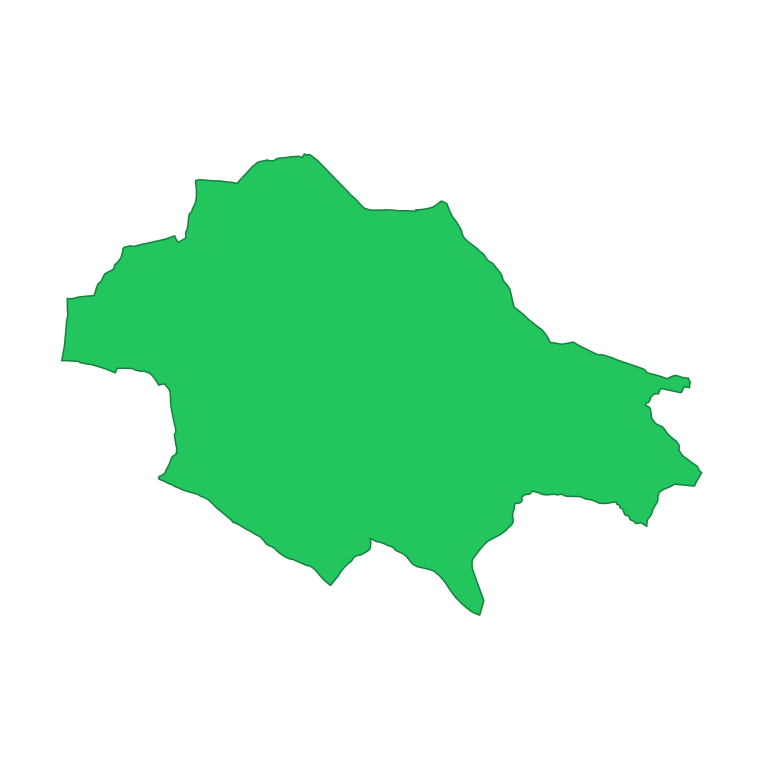 Soracá, Boyacá, Colombia, rotated 274°
{"feature_id": "7082276B41688311282936", "entity_name": "Soracá", "entity_type": "district", "adm_level": 2, "iso_a3": "COL", "parent_name": "Colombia", "parent_adm1": "Boyacá", "projection": "natural_earth1", "projection_center": [-73.319, 5.492], "detail": "fine", "context": "isolated", "style": "filled", "palette": "green", "viewbox_px": 768, "rotation_deg": 274, "n_neighbors": 0, "source": "geoboundaries", "source_scale": "gbopen_adm2", "svg_char_len": 6140}
<svg xmlns="http://www.w3.org/2000/svg" viewBox="0 0 768 768"><g transform="rotate(274 384 384)"><path d="M447.3,62.1L436.3,63.0L431.5,63.6L429.1,63.6L424.0,62.9L420.7,63.0L400.2,62.6L384.8,60.9L385.1,65.0L385.3,77.2L384.0,80.1L384.0,81.4L383.3,85.1L383.1,89.2L382.6,92.5L381.3,98.5L379.5,105.7L376.4,115.1L381.2,116.7L381.0,118.0L381.5,121.0L381.4,122.9L381.8,126.7L381.8,131.6L381.1,133.9L380.6,135.0L380.0,137.9L379.8,141.6L380.2,144.0L379.5,145.6L378.9,147.8L378.2,149.7L376.9,151.6L373.3,154.9L370.2,157.3L367.1,159.4L368.4,162.6L368.5,165.5L367.6,166.0L365.8,168.0L362.9,170.4L360.5,171.2L356.7,171.8L349.1,172.6L342.0,174.2L328.1,178.1L324.6,179.5L323.8,179.2L322.2,179.6L321.1,179.6L318.7,178.4L309.3,180.5L305.3,181.8L302.9,181.6L301.3,182.4L301.0,182.3L301.1,181.8L300.9,181.4L299.1,181.2L298.4,180.3L298.0,179.3L296.6,177.9L294.8,177.0L288.5,175.2L281.8,172.1L280.5,172.1L278.9,170.6L277.3,168.4L276.4,166.7L275.7,165.9L274.9,165.6L274.0,165.9L273.2,166.6L271.2,173.0L269.8,175.6L268.7,179.7L267.9,181.1L266.8,183.6L265.7,187.1L264.0,191.5L260.8,206.2L259.1,209.1L258.7,211.4L256.2,217.1L248.7,225.7L238.0,240.7L235.5,243.1L235.1,245.0L234.2,247.4L233.0,250.0L230.0,255.7L227.5,261.3L224.0,268.3L223.2,270.9L219.1,275.3L217.7,276.3L215.3,279.1L213.9,283.3L212.4,286.3L209.8,289.0L207.0,293.2L205.0,296.9L203.7,299.8L202.7,303.0L202.8,304.9L197.7,319.2L197.3,322.5L196.7,323.8L195.3,326.3L192.8,329.5L189.3,332.5L184.1,338.1L179.5,344.3L179.6,344.9L189.5,351.8L191.7,353.0L192.3,353.1L195.1,355.0L199.8,358.4L203.0,361.5L204.9,363.8L209.7,366.6L211.3,370.5L212.1,373.2L214.7,377.3L217.1,380.4L218.7,381.5L224.5,382.0L228.8,381.1L226.0,388.3L226.3,390.3L225.1,393.6L224.5,396.0L223.2,398.9L222.2,403.0L221.1,405.4L219.2,406.7L218.3,408.6L216.0,414.8L213.6,418.3L206.9,424.4L205.4,426.7L204.1,429.9L202.4,440.9L201.5,444.8L200.3,447.8L198.6,449.6L197.9,450.9L196.5,452.8L193.0,456.3L189.3,459.7L182.4,464.8L175.7,470.8L170.4,476.8L165.7,483.0L162.8,487.6L161.1,492.0L160.1,495.5L161.9,496.0L174.9,498.7L196.2,489.2L206.7,484.8L213.1,484.2L215.7,484.8L224.1,490.2L231.1,495.4L234.8,499.0L241.7,510.3L246.3,515.8L249.2,518.0L251.0,519.9L253.3,521.7L256.1,522.5L258.5,522.2L261.6,521.4L264.9,521.5L268.1,522.5L269.4,522.8L272.0,522.6L273.3,522.9L274.2,523.7L274.7,527.4L275.6,528.9L277.3,529.9L278.5,529.8L279.5,529.3L280.9,529.6L282.7,531.4L283.6,532.9L284.2,536.6L285.0,537.8L287.0,538.9L287.4,539.7L287.5,541.0L286.8,542.4L286.5,543.8L286.5,545.2L286.2,546.6L285.2,548.3L284.9,549.8L284.7,554.6L285.3,556.9L285.4,559.6L286.0,561.6L285.6,562.8L285.5,564.7L286.4,568.9L284.9,572.8L284.8,575.1L285.3,586.8L284.9,589.4L283.6,592.3L283.2,594.8L283.1,597.3L282.1,601.8L280.1,607.3L280.1,610.7L280.4,614.2L282.6,623.6L281.7,624.5L280.2,624.8L279.7,626.0L279.5,627.3L278.7,627.8L276.9,628.0L276.6,629.4L275.8,630.4L274.4,631.5L271.0,633.0L270.1,633.9L269.2,637.4L268.3,638.0L266.7,638.5L265.8,639.1L264.6,642.5L263.5,643.8L262.5,644.8L262.4,646.1L263.5,649.2L263.4,650.1L263.0,651.1L260.4,656.0L266.2,656.1L267.9,656.8L270.6,658.8L273.3,660.1L277.3,660.9L284.9,664.6L286.9,665.2L288.9,665.3L291.5,665.1L294.8,666.1L296.1,667.3L298.2,670.0L301.6,676.8L304.4,680.9L303.8,700.8L307.7,702.2L317.8,707.1L318.6,705.9L319.9,704.5L322.9,702.8L323.8,702.1L327.5,695.8L331.5,689.9L332.4,688.0L334.3,686.1L335.9,684.7L338.8,682.9L340.5,682.8L341.2,682.9L344.0,682.5L346.5,680.1L347.5,679.5L348.3,678.0L351.4,673.6L354.3,670.2L355.6,669.0L357.6,667.7L360.7,664.8L362.8,659.1L363.8,657.5L368.6,653.3L374.9,652.2L378.3,651.1L379.4,650.1L381.0,646.5L381.7,646.4L383.2,647.0L383.9,649.0L385.3,650.0L386.0,650.0L386.7,650.5L387.9,650.8L389.2,650.7L392.8,654.1L393.3,656.9L393.3,658.4L397.6,659.8L398.2,660.1L398.6,661.9L398.6,664.0L398.0,666.0L397.9,667.5L396.1,680.0L396.3,680.9L396.9,681.7L398.6,682.1L402.1,683.7L402.2,684.7L401.7,689.0L405.4,689.0L406.8,689.6L411.2,686.9L410.9,684.6L411.3,683.1L411.4,680.7L412.3,677.6L412.9,674.4L412.3,672.2L411.6,670.5L410.2,668.0L409.3,666.8L409.1,666.0L409.3,664.9L411.2,658.2L413.4,646.8L413.9,645.5L416.4,643.2L417.4,640.7L418.1,637.8L419.3,634.1L422.5,621.3L424.9,612.8L426.3,609.1L426.9,605.8L428.1,601.9L428.3,594.5L435.4,577.0L437.7,572.4L439.0,570.2L436.2,559.2L436.2,556.6L436.8,551.8L436.9,547.4L437.5,546.7L443.6,542.9L448.7,538.3L453.9,530.3L459.0,523.0L463.3,518.0L469.9,508.3L487.5,502.9L490.9,500.3L494.3,496.9L496.6,495.3L500.9,493.8L504.0,491.4L509.8,485.9L511.6,484.4L514.4,479.1L516.9,476.9L520.4,474.4L523.6,469.6L526.0,466.9L532.2,457.4L534.7,454.5L536.8,452.7L540.5,451.0L542.5,450.6L547.5,447.4L551.9,444.1L554.9,441.2L558.3,439.1L562.4,436.9L568.4,434.0L570.5,428.7L569.0,426.5L567.6,425.2L565.4,422.5L564.3,420.9L563.4,419.2L561.6,413.7L560.8,409.8L560.0,403.9L558.9,404.7L558.6,404.0L558.5,394.3L557.8,387.2L557.8,384.6L558.1,382.7L557.9,374.3L557.3,369.4L557.0,364.8L556.6,360.3L556.8,357.5L557.7,352.8L558.7,351.0L567.2,341.9L570.3,337.6L572.3,335.6L576.0,331.6L582.1,324.5L582.7,324.2L585.3,320.9L587.5,318.7L600.4,304.3L602.5,301.8L607.5,294.3L607.6,293.9L607.2,290.3L607.9,288.8L607.7,288.4L604.2,286.5L604.2,285.9L605.3,283.3L604.0,274.4L603.2,271.1L601.6,262.1L600.7,260.6L599.2,258.6L599.0,257.8L598.7,255.8L598.8,254.3L599.3,252.0L599.2,251.4L598.5,249.4L597.1,244.2L596.2,242.4L591.4,237.3L579.3,227.7L577.6,226.2L574.3,223.9L573.9,222.9L573.9,222.4L574.1,221.6L574.5,218.3L574.6,214.2L575.1,206.1L574.8,199.8L574.9,187.8L574.7,184.8L574.3,182.9L573.5,181.7L570.3,182.2L568.4,182.8L562.6,183.5L557.3,183.8L551.9,183.2L549.9,182.7L545.9,180.9L542.2,180.0L541.3,179.0L539.8,177.9L534.5,177.4L530.5,177.4L525.2,176.9L523.9,176.6L522.0,175.7L520.1,175.6L517.7,176.0L515.8,176.0L511.1,169.1L511.7,168.3L513.5,166.7L517.1,164.9L516.7,163.6L513.4,156.2L507.6,137.1L506.9,133.9L503.8,125.1L504.0,120.3L502.2,115.4L501.6,114.6L500.8,114.2L498.1,114.1L491.1,112.7L490.3,111.9L487.8,110.4L486.0,109.0L484.2,107.0L480.7,106.7L478.7,104.9L478.1,103.6L476.5,101.0L474.1,97.6L470.5,96.0L468.4,95.4L466.5,94.6L465.6,93.4L464.0,91.9L460.2,90.5L452.7,88.9L452.0,88.3L451.7,87.4L450.9,81.4L449.3,72.7L447.8,68.6L447.1,65.8L447.3,62.1Z" fill="#22c55e" stroke="#15803d" stroke-width="1.5"/></g></svg>